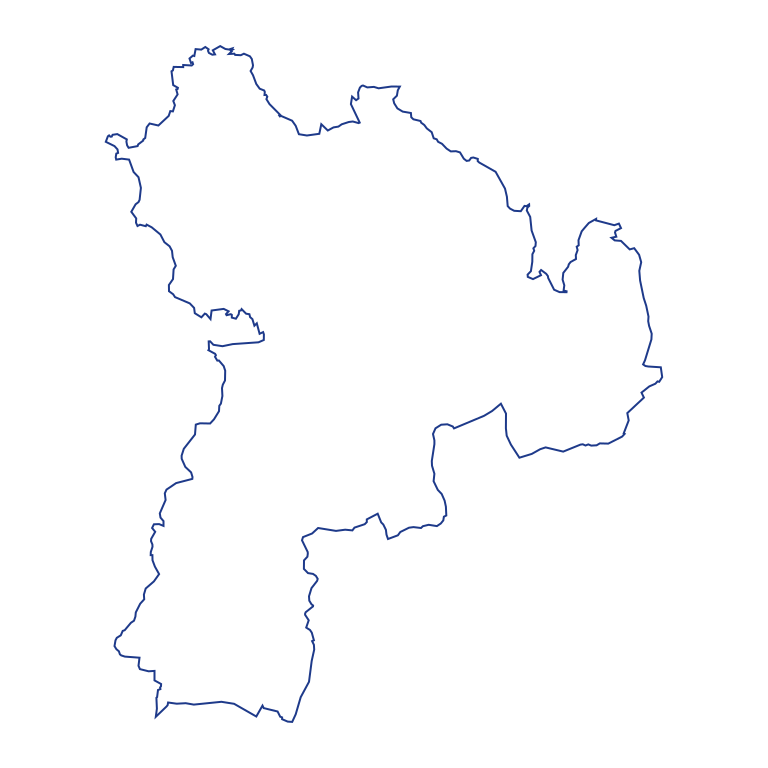 Nuseni, Bistrita-Nasaud, Romania
{"feature_id": "2599482B99213724213185", "entity_name": "Nuseni", "entity_type": "district", "adm_level": 2, "iso_a3": "ROU", "parent_name": "Romania", "parent_adm1": "Bistrita-Nasaud", "projection": "orthographic", "projection_center": [24.151, 47.079], "detail": "fine", "context": "isolated", "style": "outline", "palette": "blue", "viewbox_px": 768, "rotation_deg": 0, "n_neighbors": 0, "source": "geoboundaries", "source_scale": "gbopen_adm2", "svg_char_len": 6060}
<svg xmlns="http://www.w3.org/2000/svg" viewBox="0 0 768 768"><path d="M446.3,515.5L445.9,506.7L444.6,500.6L441.7,494.0L437.8,489.9L433.6,481.2L434.4,473.8L432.0,465.7L431.8,461.0L434.4,444.2L434.4,440.4L433.0,434.0L435.5,428.3L441.2,424.7L447.4,424.3L452.8,426.5L454.0,428.4L484.1,415.8L492.1,411.0L500.9,403.7L506.0,413.6L505.9,428.3L506.7,435.7L510.9,444.6L519.4,457.7L531.8,453.9L540.2,449.2L545.6,447.4L563.2,451.6L580.5,444.6L582.8,444.3L585.5,445.5L588.3,444.4L591.2,445.6L596.6,445.3L599.8,443.4L608.3,443.6L622.1,436.6L624.6,433.9L623.7,433.4L628.7,420.4L627.3,413.1L643.9,397.6L641.5,392.6L649.3,386.4L655.4,383.7L657.5,381.4L659.2,381.8L662.2,377.1L660.8,367.3L648.3,366.5L645.4,366.0L643.1,364.4L645.0,360.3L651.4,339.4L651.7,333.7L649.1,325.9L648.2,321.2L648.5,316.6L646.2,305.7L643.7,298.0L640.1,280.5L639.3,270.8L641.2,262.2L639.1,254.8L634.2,248.2L629.7,249.4L621.0,240.9L614.7,240.4L611.5,237.8L616.3,236.7L615.0,232.5L615.5,230.9L621.0,228.1L618.9,223.6L614.3,225.2L596.0,220.4L596.1,218.9L588.8,223.0L584.8,227.6L581.7,231.3L578.5,240.2L578.7,245.3L576.7,246.7L577.6,250.1L575.8,255.1L576.0,259.0L570.6,262.0L568.8,264.3L568.1,266.8L563.3,272.9L562.6,279.6L564.3,285.3L563.6,290.5L566.6,291.3L566.5,292.2L559.5,292.1L554.1,289.7L548.2,278.0L547.9,276.1L546.2,273.8L541.1,270.0L539.5,271.9L541.0,275.2L533.0,279.1L527.8,276.9L527.6,274.6L530.9,271.2L532.3,261.8L532.4,254.2L534.2,250.8L533.4,248.3L535.5,246.0L535.8,242.2L531.6,230.5L530.2,216.9L526.8,210.5L527.4,207.6L529.2,206.0L529.1,204.4L526.5,206.2L524.5,205.9L520.8,211.2L514.2,210.8L510.0,208.6L507.7,206.1L506.9,196.7L505.0,188.6L495.6,171.8L479.2,162.5L477.7,161.1L477.8,158.9L473.3,157.5L471.1,157.9L469.2,160.5L466.6,160.9L463.8,158.7L460.0,152.4L456.0,151.2L450.8,151.4L446.6,148.6L442.0,143.8L438.1,141.8L436.7,139.3L433.7,138.3L431.7,132.2L426.8,128.4L424.3,125.0L421.2,122.7L420.5,121.0L413.4,119.3L411.3,117.3L410.9,113.0L402.7,111.6L397.4,108.4L394.2,103.3L393.2,99.3L396.9,95.7L397.8,90.3L399.8,86.6L391.6,86.5L378.6,88.3L373.9,86.9L367.3,87.4L363.0,85.5L361.6,85.9L359.9,87.6L358.1,92.4L358.5,98.5L356.1,100.2L352.1,96.6L350.9,104.1L359.7,122.6L358.6,123.1L352.8,121.5L348.8,122.0L341.7,124.3L338.4,126.6L333.5,127.4L327.8,130.5L321.3,124.2L319.3,133.8L306.9,135.5L298.9,134.2L295.7,125.8L292.1,120.7L281.0,115.9L279.9,116.4L279.2,115.4L280.2,114.9L269.5,104.1L266.4,99.1L267.3,96.7L266.1,94.9L264.5,95.0L264.8,91.9L264.2,90.5L259.7,88.7L256.3,84.0L253.0,75.2L250.6,71.0L252.6,67.5L253.0,65.3L251.8,59.0L249.9,56.3L243.9,53.7L240.8,55.2L235.1,54.9L234.4,53.7L229.0,54.0L231.7,51.3L230.9,50.6L232.8,49.5L231.9,49.1L232.3,48.4L228.8,49.5L225.4,49.0L220.2,46.1L212.8,50.3L215.0,54.4L212.3,54.7L208.9,52.9L208.0,50.8L208.6,49.3L205.3,47.0L201.3,49.6L195.6,49.1L194.3,56.0L192.9,55.6L189.5,58.5L191.0,63.0L192.5,62.3L193.1,64.2L191.7,65.5L183.2,65.0L183.2,67.1L173.7,66.9L172.9,70.4L171.5,71.3L173.2,85.1L177.9,87.8L177.6,89.0L176.2,89.5L177.6,94.4L173.3,101.0L174.9,105.2L172.9,111.4L170.3,111.1L168.7,115.9L158.4,125.5L149.6,123.5L146.7,127.3L145.2,138.0L143.3,139.5L143.2,140.6L138.2,144.4L137.6,146.1L128.6,147.8L127.1,145.3L126.4,141.6L126.8,139.4L117.3,134.1L112.6,134.8L111.7,136.6L110.4,136.7L109.1,135.4L107.9,136.3L105.8,141.8L114.5,146.1L117.5,149.4L118.1,152.9L116.3,153.6L115.7,157.3L116.2,159.6L121.7,158.7L129.1,159.6L133.6,172.0L138.5,177.2L140.9,187.9L139.6,199.8L138.5,202.1L135.6,204.3L131.3,211.8L136.2,218.4L136.0,222.7L137.5,226.0L140.0,224.7L145.8,226.2L146.6,224.6L151.7,227.3L160.4,234.5L164.4,242.2L169.6,246.3L172.0,250.8L172.7,257.2L175.8,265.8L173.6,269.4L173.0,279.1L168.9,285.0L169.0,291.2L173.2,294.3L175.0,297.1L189.8,303.4L194.1,307.9L194.8,313.2L201.4,317.3L204.8,313.6L206.3,314.2L210.5,319.1L211.6,310.5L223.7,308.9L228.6,311.3L226.0,314.1L226.6,315.2L230.8,314.2L231.8,314.8L231.8,317.6L235.9,318.7L238.7,314.3L239.2,310.8L241.0,310.4L241.6,309.1L246.1,313.7L249.4,314.2L250.1,317.1L252.4,319.1L254.4,325.7L256.8,323.3L259.6,333.8L263.1,332.1L263.9,334.4L263.8,340.0L258.5,342.3L232.7,344.1L222.5,346.2L213.4,344.8L210.1,341.3L208.7,341.4L209.0,349.2L208.4,350.2L215.1,353.8L215.9,355.2L215.0,356.8L217.3,360.6L218.9,360.5L223.7,366.1L225.2,370.7L225.0,380.5L222.8,384.7L222.0,388.1L222.4,396.0L220.9,403.6L219.3,405.8L219.0,411.2L214.0,419.3L210.1,423.5L200.0,423.3L195.8,424.6L195.0,434.5L183.8,448.8L181.6,455.7L181.7,458.8L185.3,466.9L191.1,472.4L192.5,477.0L192.3,478.9L176.1,483.1L166.5,489.6L164.8,493.3L165.6,500.0L159.8,513.4L160.5,517.6L163.5,521.1L163.5,525.9L159.1,524.1L153.9,524.3L152.1,528.0L155.2,531.8L151.2,538.8L151.0,541.1L152.4,544.5L152.5,546.8L150.8,552.0L150.7,555.1L152.4,555.1L152.5,560.2L154.9,566.6L159.1,574.1L153.9,581.4L145.7,588.5L143.9,594.6L144.2,599.3L140.2,603.7L135.8,612.4L135.4,616.6L134.0,620.7L130.9,622.8L124.7,630.2L122.7,630.9L120.8,635.3L116.8,637.8L115.5,640.3L114.5,646.1L116.4,649.2L118.9,651.3L119.9,654.3L121.2,655.4L124.9,656.6L139.5,657.7L138.5,665.8L139.9,669.1L148.6,671.3L154.5,670.9L154.5,680.4L161.1,684.0L161.0,686.2L160.1,687.5L160.4,689.1L158.0,690.0L157.1,697.1L156.4,697.8L156.9,708.7L155.8,716.8L166.5,706.5L167.6,705.2L168.1,702.5L176.7,703.7L185.7,703.2L193.8,704.6L221.4,701.8L234.1,703.8L256.3,716.5L262.5,705.6L263.7,708.1L277.6,711.5L280.2,716.7L282.1,717.4L282.1,719.2L287.7,721.6L292.2,721.9L295.7,714.3L300.7,697.2L309.0,681.8L311.7,660.9L314.2,649.6L313.9,644.8L312.1,641.1L313.9,640.3L311.8,632.7L310.0,630.0L306.2,627.6L308.7,620.3L305.1,614.8L305.1,613.6L305.7,612.2L313.0,606.4L313.1,605.5L311.5,604.3L309.3,600.7L309.0,596.3L311.5,588.1L317.1,580.9L317.7,578.9L315.9,575.9L313.0,573.9L308.0,573.1L303.9,568.9L304.0,560.4L307.4,556.7L307.8,553.7L307.7,552.0L302.0,540.3L303.0,537.1L312.1,533.5L318.1,528.0L336.0,530.9L345.2,529.7L352.4,530.4L354.5,527.6L364.7,524.2L366.8,522.1L366.8,519.4L377.7,513.7L381.2,522.4L383.3,524.5L385.9,529.8L386.5,534.7L388.0,539.0L397.9,535.3L400.3,532.0L409.0,527.7L413.5,527.1L421.0,528.0L422.9,526.2L428.7,524.8L436.9,526.1L440.8,523.5L443.3,520.4L443.9,516.7L446.3,515.5Z" fill="none" stroke="#1e3a8a" stroke-width="2"/></svg>